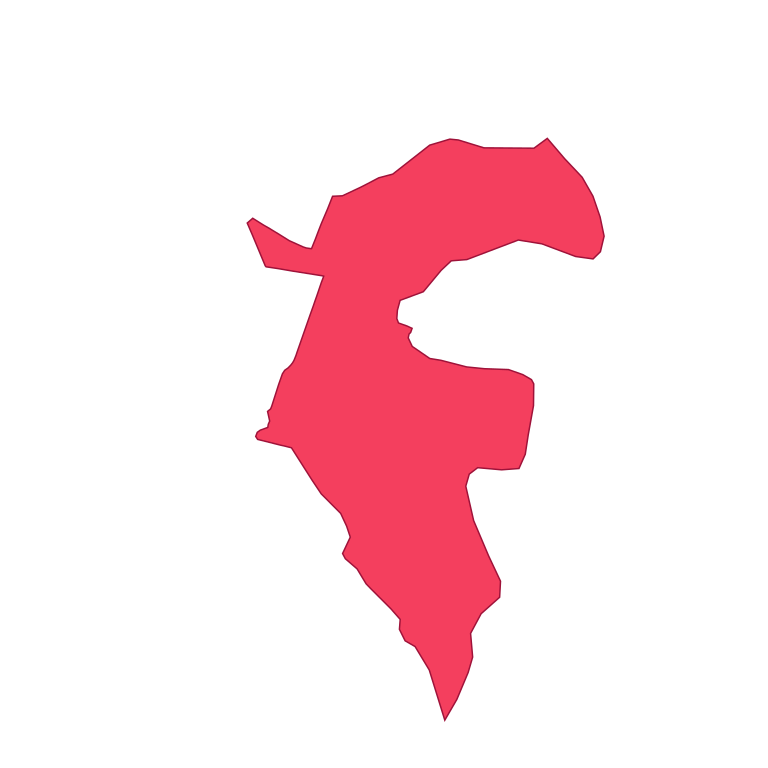 the district of Nioro, Kayes, Mali, rotated 292°
{"feature_id": "8926073B70352921020870", "entity_name": "Nioro", "entity_type": "district", "adm_level": 2, "iso_a3": "MLI", "parent_name": "Mali", "parent_adm1": "Kayes", "projection": "natural_earth1", "projection_center": [-9.59, 15.152], "detail": "fine", "context": "isolated", "style": "filled", "palette": "rose", "viewbox_px": 768, "rotation_deg": 292, "n_neighbors": 0, "source": "geoboundaries", "source_scale": "gbopen_adm2", "svg_char_len": 1862}
<svg xmlns="http://www.w3.org/2000/svg" viewBox="0 0 768 768"><g transform="rotate(292 384 384)"><path d="M229.6,571.1L244.8,565.9L263.8,545.4L290.9,518.3L319.9,498.1L332.4,496.8L341.5,502.2L348.5,525.2L356.2,540.8L371.8,541.3L390.8,536.8L420.0,530.7L440.2,522.8L443.3,519.1L444.7,509.2L444.6,507.0L444.0,494.0L435.8,471.4L430.8,454.3L427.3,427.9L424.8,416.9L429.4,396.1L435.8,389.2L439.7,388.5L441.7,389.4L446.1,389.2L446.4,383.8L446.0,374.6L449.4,371.4L457.4,368.8L467.6,367.6L484.3,385.9L510.8,394.4L523.4,400.2L530.4,414.2L551.6,437.1L567.8,454.6L573.1,477.9L574.0,513.9L578.3,531.0L587.7,535.1L603.5,532.7L619.8,521.8L636.4,507.4L649.9,490.3L660.6,467.0L672.9,443.4L658.8,434.7L640.4,388.2L638.1,361.5L635.7,353.3L627.6,343.2L622.6,336.9L581.9,313.5L573.2,301.9L560.5,291.1L557.2,288.2L542.9,274.9L539.3,267.1L538.8,266.0L525.4,266.1L509.3,265.8L501.2,265.9L492.8,266.1L482.4,266.1L482.2,265.8L482.1,265.6L482.1,265.3L481.0,261.0L480.8,257.7L481.4,242.5L483.3,231.7L485.1,220.8L485.2,220.4L486.2,213.0L487.3,206.8L488.5,200.2L482.0,196.9L472.2,206.8L449.1,229.6L448.5,230.8L450.9,240.8L451.4,242.9L454.5,257.2L461.2,286.2L461.4,287.7L459.3,287.8L454.5,287.9L440.4,288.7L435.5,288.9L430.2,289.2L420.2,289.6L380.4,291.5L377.7,291.7L376.0,291.7L374.4,291.7L373.1,291.7L372.2,291.7L369.4,291.3L366.6,290.5L362.9,289.0L359.5,286.8L355.4,286.0L344.1,286.5L342.8,286.6L321.5,288.2L318.4,288.2L315.0,286.3L306.8,291.9L303.3,291.8L300.2,292.5L294.9,286.6L291.7,284.6L287.3,284.7L285.3,287.6L288.6,311.4L289.1,314.2L290.2,322.1L267.7,353.6L258.6,367.0L247.8,392.3L238.2,402.6L229.4,410.1L211.3,409.1L207.5,413.6L202.5,428.3L192.0,442.3L189.1,448.8L178.2,474.5L171.8,487.2L162.3,490.2L153.8,499.8L152.2,511.2L135.8,533.1L95.1,566.3L118.9,569.7L148.0,570.1L164.0,568.5L185.2,557.7L207.4,560.1L229.6,571.1Z" fill="#f43f5e" stroke="#9f1239" stroke-width="1.5"/></g></svg>